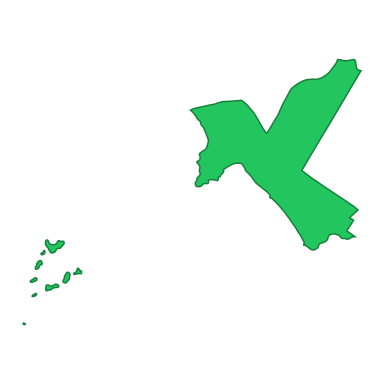 the district of Ha Tien, Kiên Giang, Vietnam
{"feature_id": "81297802B34321495303848", "entity_name": "Ha Tien", "entity_type": "district", "adm_level": 2, "iso_a3": "VNM", "parent_name": "Vietnam", "parent_adm1": "Kiên Giang", "projection": "mercator", "projection_center": [104.405, 10.36], "detail": "fine", "context": "isolated", "style": "filled", "palette": "green", "viewbox_px": 384, "rotation_deg": 0, "n_neighbors": 0, "source": "geoboundaries", "source_scale": "gbopen_adm2", "svg_char_len": 5817}
<svg xmlns="http://www.w3.org/2000/svg" viewBox="0 0 384 384"><path d="M337.6,59.6L337.3,60.4L336.5,62.4L335.4,64.3L330.2,71.2L328.1,73.4L324.9,75.9L321.1,78.1L318.1,79.0L316.3,79.4L312.4,79.2L309.5,79.4L306.3,79.8L302.9,81.0L299.8,82.6L297.0,84.3L294.0,86.5L291.7,88.4L290.5,89.8L289.5,91.6L287.7,95.1L282.1,105.5L279.0,112.7L277.4,116.0L274.9,120.0L271.3,126.1L267.6,132.2L266.4,133.3L263.5,129.2L260.4,124.1L258.5,120.6L254.2,113.4L252.2,110.8L246.9,104.7L241.9,100.5L241.2,100.3L237.6,100.7L229.7,101.3L224.0,101.5L221.8,101.8L217.4,103.1L215.2,104.0L209.3,105.1L203.3,106.5L196.1,108.0L193.1,109.0L190.5,110.1L193.6,113.1L195.5,115.7L196.4,117.3L197.3,118.7L198.6,120.1L199.8,120.9L200.2,121.5L200.5,122.0L200.7,123.6L201.0,124.5L201.4,125.2L203.2,127.2L203.8,128.0L204.6,130.2L205.2,131.2L205.7,132.8L208.1,138.9L208.3,139.7L208.4,140.7L207.7,144.4L206.1,148.8L205.8,149.1L205.2,149.5L203.3,150.8L201.8,151.7L200.0,153.2L199.5,153.9L199.3,154.7L199.4,155.0L200.1,156.6L200.1,158.9L200.0,159.4L199.6,159.9L199.1,160.4L198.5,160.9L197.2,161.4L196.9,162.0L196.9,162.4L197.0,162.8L198.4,164.0L199.0,164.9L199.5,165.6L199.7,166.1L199.9,167.2L199.8,168.5L199.5,169.3L199.4,170.9L199.6,171.9L200.2,173.4L200.3,174.2L200.2,174.8L199.5,175.2L198.8,176.4L197.5,177.5L197.0,178.1L197.0,179.8L196.6,180.8L195.6,182.3L195.3,182.8L195.2,183.5L195.3,184.3L195.8,185.5L196.2,186.1L196.6,186.4L197.7,186.6L199.0,186.7L200.6,186.3L201.2,186.0L203.5,183.9L203.8,183.6L204.2,183.5L207.3,183.6L207.7,183.5L208.2,183.2L208.4,182.9L208.5,180.4L209.1,179.9L210.2,179.7L211.2,179.6L215.5,180.1L216.5,180.4L217.5,180.6L218.1,179.9L218.2,179.5L218.1,178.4L218.3,177.8L219.1,177.1L220.1,176.6L220.4,176.1L220.8,175.1L221.2,174.5L222.2,173.6L223.3,172.3L223.6,171.4L223.6,169.7L223.9,169.3L227.8,166.7L231.1,164.9L233.6,163.8L235.6,163.3L237.8,163.1L240.1,163.2L241.1,163.5L241.9,164.0L242.9,165.2L244.7,168.1L245.6,170.6L249.3,174.3L251.9,177.3L253.2,179.3L255.7,182.7L257.4,184.2L267.4,192.2L270.0,195.0L270.1,195.3L269.8,196.7L269.8,197.3L270.3,197.8L270.6,198.2L271.0,198.2L271.3,198.1L271.8,198.4L275.3,201.7L278.9,205.5L283.9,211.4L289.9,219.4L291.8,222.4L295.0,226.7L296.2,228.6L297.0,230.2L298.3,232.3L300.6,235.5L302.2,238.7L304.1,242.0L304.3,242.6L304.2,243.1L303.9,244.1L303.7,244.9L303.8,245.3L305.3,245.4L306.1,245.7L307.8,247.0L309.4,248.4L310.5,249.1L311.9,249.9L312.6,250.0L314.8,249.7L317.2,248.3L317.9,247.6L318.4,246.3L318.9,244.8L319.2,244.1L319.6,243.7L320.0,243.5L322.6,242.7L324.2,242.2L326.2,241.0L327.2,239.9L327.7,238.8L328.1,237.3L328.5,236.3L328.9,235.6L329.7,235.0L331.0,234.3L332.7,233.9L334.5,233.9L336.0,234.3L338.2,235.1L339.5,235.8L340.4,236.7L341.3,238.0L341.7,238.3L342.2,238.4L343.2,238.5L344.3,238.4L347.3,239.2L348.2,239.1L349.2,238.8L351.5,237.3L353.0,236.8L355.0,236.7L346.8,230.8L353.6,220.3L349.6,217.6L358.0,210.0L354.3,206.8L345.0,200.4L324.9,187.1L317.7,182.1L312.1,178.3L304.8,172.8L301.8,170.4L319.9,139.8L328.7,125.3L361.0,70.7L360.4,70.7L359.5,70.5L358.4,70.1L357.4,69.2L356.8,68.5L356.4,67.2L355.6,61.9L355.1,60.3L354.4,59.6L353.4,59.5L349.2,60.4L347.2,60.7L344.4,60.8L342.4,60.4L341.2,59.8L337.6,59.6ZM51.9,244.7L50.3,244.1L49.5,243.7L48.9,242.8L48.6,241.6L48.3,240.9L47.6,240.1L46.9,240.0L46.5,240.0L46.0,240.5L45.8,241.1L45.6,241.6L45.5,242.7L45.5,243.9L45.8,244.9L46.0,245.4L46.7,246.4L48.1,247.9L48.4,248.7L48.7,249.5L49.8,250.8L50.3,252.0L50.7,252.5L51.1,252.8L51.6,253.0L52.0,253.0L52.5,253.0L54.9,251.9L55.7,251.0L56.5,249.2L56.8,248.8L57.6,248.5L59.6,248.3L60.2,248.2L62.5,245.7L63.7,244.2L64.0,243.5L64.2,242.6L64.0,241.9L63.6,241.4L63.0,241.2L61.8,241.4L60.7,241.4L59.1,240.7L58.7,240.7L58.4,240.8L57.7,241.3L57.0,242.8L56.4,243.6L55.9,243.9L54.0,244.8L52.9,244.8L51.9,244.7ZM58.7,285.8L58.5,285.5L58.1,285.0L57.3,284.5L56.9,284.3L56.3,284.2L55.1,284.3L54.2,284.8L53.1,285.7L52.2,286.0L51.1,286.0L50.5,285.8L48.5,285.1L47.9,285.0L46.9,285.0L46.4,285.3L46.2,285.6L46.1,285.9L45.7,289.4L45.8,290.1L46.2,290.5L46.4,290.7L46.7,290.8L48.0,290.4L49.0,290.0L50.7,289.9L51.1,289.7L52.5,288.4L53.3,288.0L54.8,287.7L57.7,287.3L58.3,287.1L58.7,286.5L58.7,285.8ZM65.3,282.9L66.3,282.6L67.2,281.7L68.1,280.5L69.1,279.4L69.3,278.8L69.4,277.9L70.0,274.9L69.9,274.0L69.4,273.2L68.8,272.7L68.1,272.3L67.2,272.3L66.9,272.4L66.7,272.6L66.2,273.3L65.5,274.7L64.6,276.0L64.4,276.6L64.4,277.5L64.1,278.7L63.2,280.4L63.0,281.0L63.1,281.7L63.4,282.3L63.7,282.5L64.2,282.8L65.3,282.9ZM36.4,269.2L38.0,268.7L38.3,268.4L39.0,267.6L39.2,266.5L39.3,266.2L39.5,265.9L40.0,265.4L40.7,265.2L41.3,264.9L42.0,264.3L42.1,264.1L42.1,263.3L41.8,262.0L41.1,260.9L40.8,260.6L40.0,260.6L38.9,261.2L37.7,262.2L36.8,263.6L36.6,265.2L36.3,266.0L35.6,266.9L35.4,268.0L35.4,268.8L35.7,269.1L36.1,269.2L36.4,269.2ZM81.4,273.3L81.6,272.2L81.6,271.3L81.4,271.0L81.0,270.8L79.7,270.6L79.5,270.4L79.0,269.0L78.8,268.7L78.2,268.3L78.0,268.2L77.6,268.3L77.4,268.7L76.6,271.1L76.1,271.9L75.5,272.4L74.2,273.0L73.8,273.4L73.7,273.9L73.9,274.2L74.2,274.3L74.8,274.4L76.0,274.2L78.5,273.5L79.3,273.5L80.2,273.8L80.9,273.7L81.4,273.3ZM33.0,282.0L36.3,280.5L36.7,280.2L37.0,279.6L36.9,279.0L36.4,278.1L35.9,277.8L35.2,277.8L34.5,278.1L31.8,280.0L31.2,280.2L30.9,280.4L30.4,281.0L30.3,281.5L30.5,281.9L31.2,282.3L31.9,282.3L33.0,282.0ZM41.9,254.7L42.8,254.7L43.8,254.2L44.5,253.6L44.8,253.1L44.9,252.2L44.9,251.5L44.7,250.9L44.4,250.5L44.2,250.4L43.9,250.5L43.7,251.2L43.3,251.9L43.0,252.1L41.6,253.1L41.1,253.6L41.0,253.9L41.1,254.3L41.4,254.6L41.9,254.7ZM32.7,296.6L34.4,296.2L34.9,296.0L35.9,295.3L36.4,294.8L36.6,294.2L36.4,293.6L36.0,293.4L35.5,293.5L34.7,294.1L33.1,294.9L32.7,295.2L32.2,295.8L32.2,296.1L32.3,296.5L32.7,296.6ZM24.9,324.5L25.2,324.4L25.3,324.0L25.2,323.8L24.7,323.4L24.3,323.2L23.7,323.1L23.4,323.1L23.1,323.5L23.2,324.1L23.5,324.3L23.9,324.4L24.9,324.5Z" fill="#22c55e" stroke="#15803d" stroke-width="1.5"/></svg>